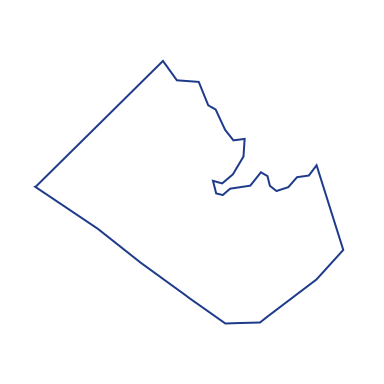 Summers, West Virginia, United States of America (Robinson projection), rotated 96°
{"feature_id": "52423323B65894657308494", "entity_name": "Summers", "entity_type": "district", "adm_level": 2, "iso_a3": "USA", "parent_name": "United States of America", "parent_adm1": "West Virginia", "projection": "robinson", "projection_center": [-80.878, 37.649], "detail": "fine", "context": "isolated", "style": "outline", "palette": "blue", "viewbox_px": 384, "rotation_deg": 96, "n_neighbors": 0, "source": "geoboundaries", "source_scale": "gbopen_adm2", "svg_char_len": 600}
<svg xmlns="http://www.w3.org/2000/svg" viewBox="0 0 384 384"><g transform="rotate(96 192 192)"><path d="M202.6,347.6L203.2,348.5L238.4,281.9L267.9,235.3L295.5,187.4L297.8,183.6L319.3,145.1L317.6,133.0L314.7,110.8L307.5,103.4L265.9,59.0L233.8,35.5L152.4,70.9L163.4,77.5L166.3,89.1L177.1,96.7L182.2,108.1L177.7,115.2L168.3,118.6L165.2,125.5L179.6,134.7L184.7,154.4L191.8,161.1L190.9,167.8L178.7,172.3L180.3,162.9L170.2,153.2L151.3,144.5L133.7,145.2L136.3,156.2L126.7,165.6L107.5,177.1L104.1,184.9L81.8,196.8L82.5,218.7L64.7,234.6L202.6,347.6Z" fill="none" stroke="#1e3a8a" stroke-width="2"/></g></svg>